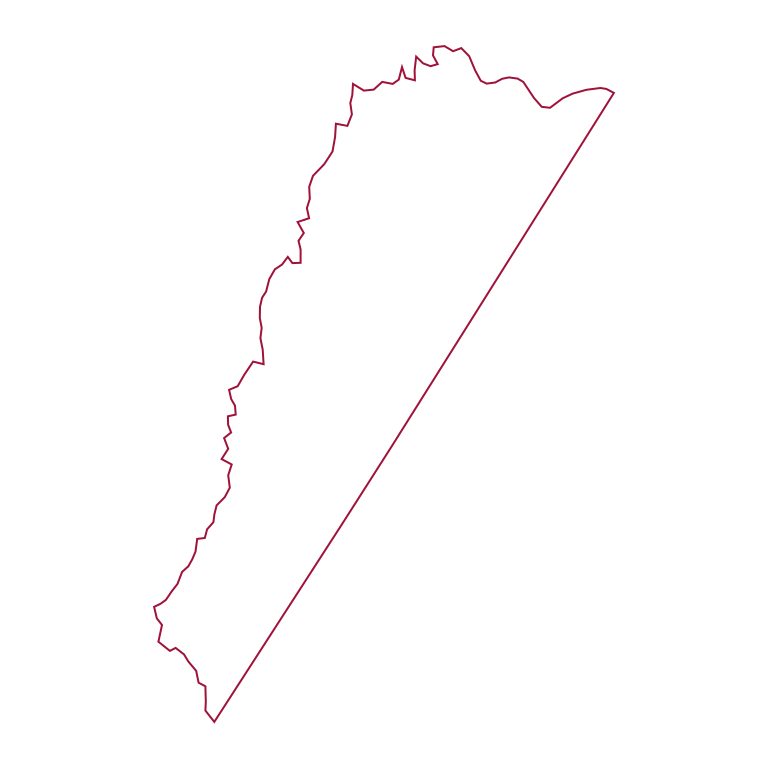 outline of Jussara, Paraná, Brazil
{"feature_id": "56859067B52043203685138", "entity_name": "Jussara", "entity_type": "district", "adm_level": 2, "iso_a3": "BRA", "parent_name": "Brazil", "parent_adm1": "Paraná", "projection": "equal_earth", "projection_center": [-52.469, -23.656], "detail": "fine", "context": "isolated", "style": "outline", "palette": "rose", "viewbox_px": 768, "rotation_deg": 0, "n_neighbors": 0, "source": "geoboundaries", "source_scale": "gbopen_adm2", "svg_char_len": 1495}
<svg xmlns="http://www.w3.org/2000/svg" viewBox="0 0 768 768"><path d="M214.3,721.9L340.5,526.5L354.9,504.0L392.1,445.7L613.9,92.9L606.3,88.9L600.3,88.0L586.4,89.8L572.7,93.6L562.8,98.2L550.0,107.8L541.7,106.8L534.0,98.0L523.3,81.9L517.6,78.6L509.0,77.4L502.1,78.8L495.2,82.5L486.7,83.6L480.8,80.8L475.1,70.3L469.2,56.2L461.3,48.1L453.1,51.2L444.5,46.1L433.7,47.3L433.0,55.4L437.7,64.1L430.6,66.2L423.0,63.3L416.2,56.6L414.6,70.2L414.9,80.3L405.6,77.9L402.0,67.1L398.8,79.6L392.7,83.9L382.2,81.9L373.7,89.6L363.9,90.6L353.0,83.9L352.3,95.1L350.3,103.0L351.9,114.4L347.4,125.9L335.9,123.7L335.1,136.9L332.5,151.5L324.2,164.2L313.0,175.8L309.2,186.8L309.8,198.8L306.9,208.1L309.1,218.2L297.6,222.0L303.8,233.0L298.5,240.8L300.6,249.4L300.6,262.8L292.4,263.1L287.8,256.9L282.1,264.5L274.9,269.3L269.3,279.1L266.1,291.5L262.1,297.7L260.0,306.8L259.8,318.0L261.7,327.9L260.4,338.1L262.7,349.6L263.6,364.2L253.1,361.6L244.3,374.7L237.7,386.2L229.1,389.8L231.2,399.1L235.0,405.7L235.7,414.6L227.9,416.3L228.1,424.7L231.1,432.5L224.1,438.0L228.2,448.8L221.6,459.1L231.7,464.5L228.2,475.3L229.8,487.7L224.8,497.1L216.6,505.4L214.4,514.3L213.4,522.2L207.1,529.3L204.8,538.0L197.2,538.9L195.5,551.6L192.3,559.2L188.4,566.2L182.1,571.9L177.5,583.9L171.6,591.5L165.9,599.9L160.3,603.9L154.1,606.8L156.8,618.3L162.0,625.0L158.4,641.7L169.9,650.9L175.6,647.9L184.0,654.4L188.4,661.6L196.2,670.9L198.6,682.7L205.4,686.3L205.8,701.6L205.4,710.6L214.3,721.9Z" fill="none" stroke="#9f1239" stroke-width="2"/></svg>